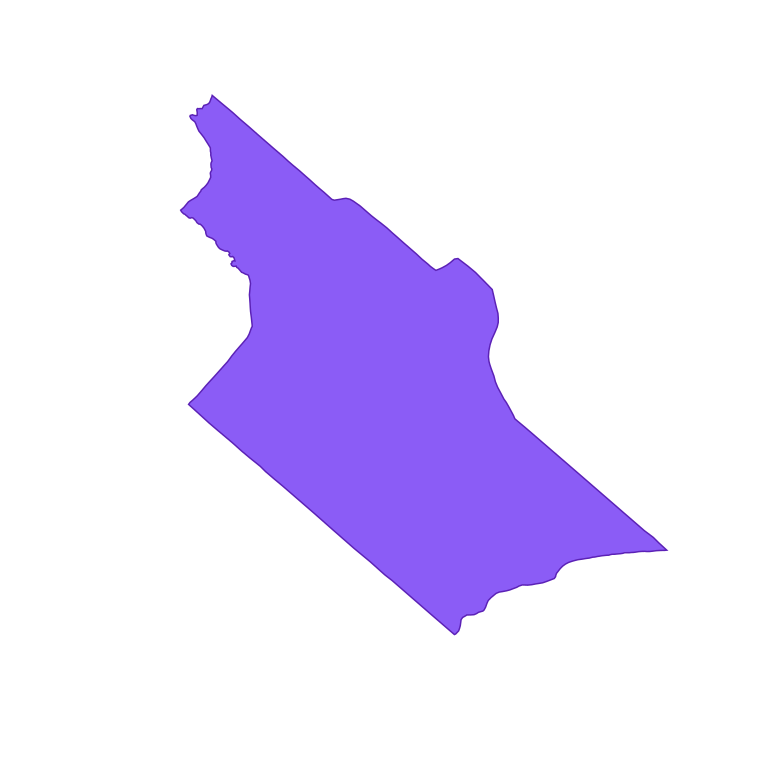 Prasat Bakong, Siemréab, Cambodia (Equal Earth projection), rotated 311°
{"feature_id": "14789045B83000183450022", "entity_name": "Prasat Bakong", "entity_type": "district", "adm_level": 2, "iso_a3": "KHM", "parent_name": "Cambodia", "parent_adm1": "Siemréab", "projection": "equal_earth", "projection_center": [104.001, 13.307], "detail": "fine", "context": "isolated", "style": "filled", "palette": "violet", "viewbox_px": 768, "rotation_deg": 311, "n_neighbors": 0, "source": "geoboundaries", "source_scale": "gbopen_adm2", "svg_char_len": 4319}
<svg xmlns="http://www.w3.org/2000/svg" viewBox="0 0 768 768"><g transform="rotate(311 384 384)"><path d="M381.8,116.5L381.2,118.2L381.0,121.1L381.5,122.5L381.4,123.9L381.5,125.4L381.4,127.6L382.0,128.9L383.5,129.8L384.0,131.1L383.8,134.7L383.1,137.0L383.2,139.3L384.1,140.6L384.0,143.3L383.5,146.0L382.2,149.3L381.0,150.5L380.1,151.9L379.5,153.2L380.2,156.0L381.1,158.4L381.4,160.4L381.4,161.6L381.4,163.5L380.2,164.6L379.6,165.8L378.8,168.4L378.5,169.6L378.4,171.4L378.7,172.6L379.1,174.1L380.0,176.7L380.8,177.9L381.6,178.5L381.9,180.2L381.4,181.9L379.7,182.1L379.2,184.4L380.1,185.6L380.9,186.1L380.9,187.9L380.2,189.0L379.1,190.7L378.5,189.8L376.8,188.9L375.8,189.7L374.3,189.7L373.6,191.3L373.8,193.0L375.1,194.4L376.0,195.1L375.4,196.4L375.7,197.9L375.3,200.7L374.9,203.2L375.5,204.9L376.0,207.3L377.1,209.7L376.8,210.9L375.6,212.8L374.3,214.9L372.2,217.4L369.4,219.3L366.4,221.5L363.0,223.9L360.2,226.8L356.9,230.1L354.0,232.9L351.3,235.6L347.2,240.2L344.7,242.9L342.1,245.7L341.0,246.8L339.8,247.0L337.6,247.8L333.2,249.5L329.4,250.4L323.6,250.5L317.9,250.5L311.4,250.5L305.4,250.7L298.3,251.3L293.3,251.2L284.2,251.1L277.8,251.0L271.3,250.8L266.1,250.7L259.4,250.8L252.2,250.8L246.3,250.2L242.9,249.7L240.4,249.9L240.2,260.4L239.9,273.9L239.8,277.6L239.9,288.8L240.2,307.8L240.0,321.1L240.2,331.6L240.7,344.5L240.2,352.1L240.3,363.9L240.5,373.3L240.6,414.4L240.4,441.4L240.3,469.2L240.8,490.1L240.5,509.7L241.0,519.0L241.0,572.9L241.1,601.5L242.4,602.1L246.7,602.3L249.2,601.3L251.7,600.1L254.6,598.2L256.7,596.8L259.4,596.5L262.7,597.7L264.0,598.0L266.2,600.5L269.0,603.3L271.5,604.5L273.7,605.1L277.5,607.6L279.0,607.8L282.2,607.1L285.7,605.7L287.9,605.0L289.1,604.7L293.0,604.9L296.7,605.5L299.6,606.0L302.6,607.5L305.2,609.7L308.4,612.2L311.2,614.1L314.4,615.8L317.7,617.6L320.0,618.4L323.1,620.2L326.5,624.4L329.5,627.2L332.6,629.6L335.3,631.9L338.1,634.2L341.4,636.1L345.1,638.1L347.2,639.2L348.9,640.1L351.1,639.9L352.7,639.0L354.4,638.4L356.8,638.3L360.3,638.1L363.7,638.3L367.2,639.1L370.5,640.4L373.9,642.4L376.6,644.2L378.6,645.6L381.8,648.4L384.7,650.8L387.4,653.2L390.2,655.1L391.7,656.6L394.1,658.4L395.1,659.3L397.3,661.1L398.8,662.5L400.4,664.0L401.6,665.2L402.3,666.0L403.3,666.5L405.1,667.8L406.7,669.6L408.4,671.2L411.2,673.9L413.0,675.4L414.4,676.2L416.3,678.3L417.8,680.0L419.1,681.2L420.6,682.8L422.2,684.2L424.7,686.3L427.0,688.6L428.8,690.6L430.1,692.4L432.0,694.5L434.3,696.6L436.9,698.9L439.9,702.0L442.8,705.2L444.1,706.4L444.4,695.2L444.9,688.0L444.1,676.6L444.0,584.8L443.8,520.5L443.6,509.3L443.6,505.5L445.1,502.5L446.5,498.9L448.8,492.7L450.3,488.4L451.3,484.3L453.7,478.2L456.1,471.9L458.7,466.7L462.2,461.6L466.0,454.6L466.9,453.1L468.2,450.9L470.0,448.3L473.1,444.9L477.8,441.4L483.2,438.3L488.8,435.9L495.6,433.9L501.3,432.0L505.3,429.9L508.6,427.1L512.0,423.7L515.2,419.0L518.4,414.5L522.4,409.1L526.3,403.7L527.0,395.2L527.4,390.5L527.6,387.5L528.2,379.9L528.0,370.0L527.2,357.5L524.5,355.2L519.0,354.4L514.4,353.3L509.8,351.6L507.2,350.4L503.8,348.6L503.4,344.9L503.2,341.8L503.3,338.6L503.1,330.6L503.4,323.0L503.4,314.7L503.4,306.2L503.5,297.4L503.5,291.1L503.7,284.0L503.4,276.3L503.0,270.5L502.7,264.2L502.7,257.6L502.7,249.3L501.9,241.0L501.1,237.0L499.2,233.5L497.2,231.7L495.0,230.0L492.6,228.0L490.1,225.9L489.1,223.5L489.2,219.6L489.3,212.7L489.2,207.3L489.2,201.4L489.4,194.1L489.4,188.3L489.5,180.6L489.3,171.6L489.3,165.2L489.5,158.3L489.4,147.1L489.4,136.4L489.4,125.0L489.5,112.8L489.4,101.9L489.6,92.0L489.5,85.8L489.3,77.4L489.2,71.4L489.1,65.0L487.5,65.8L485.6,66.3L483.8,67.1L481.8,67.7L480.0,67.5L478.7,67.0L476.1,65.3L474.6,65.6L472.5,66.1L471.5,64.8L470.2,63.5L469.5,62.5L468.4,62.6L467.6,63.4L466.5,64.8L465.1,66.0L464.1,66.7L463.1,66.0L462.1,64.4L461.5,62.8L459.6,61.6L458.7,61.9L457.7,64.1L457.6,66.0L457.8,69.1L457.0,71.2L455.8,73.4L454.5,76.0L453.4,78.5L452.6,82.9L451.8,86.8L450.8,89.9L450.0,92.6L449.0,95.9L448.3,98.0L445.8,100.3L444.7,101.8L443.1,103.1L441.2,105.6L439.6,107.8L437.3,108.5L436.2,109.3L434.0,111.5L433.4,112.9L432.0,113.8L429.9,114.2L428.8,114.9L427.9,116.1L426.3,117.6L423.8,118.3L422.2,118.7L420.2,119.2L417.1,119.4L414.5,119.3L412.9,119.0L410.6,118.7L409.4,119.2L407.4,119.3L404.6,119.7L402.9,119.9L399.5,118.9L395.7,117.6L393.2,116.9L385.9,117.1L381.8,116.5Z" fill="#8b5cf6" stroke="#5b21b6" stroke-width="1.5"/></g></svg>